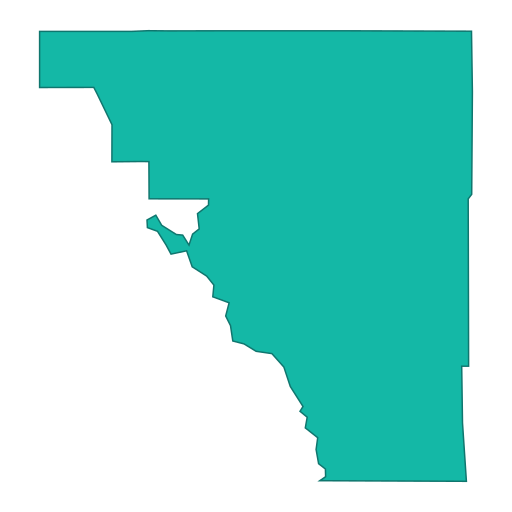 Osceola, Florida, United States of America
{"feature_id": "52423323B49272784755567", "entity_name": "Osceola", "entity_type": "district", "adm_level": 2, "iso_a3": "USA", "parent_name": "United States of America", "parent_adm1": "Florida", "projection": "robinson", "projection_center": [-81.287, 27.995], "detail": "fine", "context": "isolated", "style": "filled", "palette": "teal", "viewbox_px": 512, "rotation_deg": 0, "n_neighbors": 0, "source": "geoboundaries", "source_scale": "gbopen_adm2", "svg_char_len": 893}
<svg xmlns="http://www.w3.org/2000/svg" viewBox="0 0 512 512"><path d="M471.5,31.2L345.5,30.8L228.7,30.8L223.2,30.8L168.7,30.9L148.2,30.7L131.9,31.4L39.6,31.4L39.6,84.1L39.6,87.5L93.8,87.4L97.2,94.0L112.0,124.7L111.9,161.8L141.3,161.5L141.6,161.5L148.9,161.6L149.1,198.8L208.6,198.9L208.5,205.1L197.5,213.6L199.2,228.9L192.6,234.1L189.0,245.1L182.7,235.1L176.3,234.5L161.7,225.3L155.8,215.2L147.0,220.0L147.4,227.6L157.5,231.3L166.1,245.0L171.0,254.1L186.6,250.8L192.2,266.8L206.7,276.1L213.9,285.1L212.8,296.8L229.1,302.8L225.7,316.0L230.5,325.6L232.8,341.0L244.0,343.9L256.1,351.3L271.9,353.6L283.9,367.1L290.3,386.5L303.0,406.5L300.0,411.3L307.2,417.2L305.3,427.9L317.7,437.7L316.1,449.5L318.6,463.7L325.4,469.0L325.6,476.7L319.8,480.7L466.4,481.3L462.5,422.9L461.7,366.2L468.6,366.2L468.2,198.9L471.7,194.3L472.4,92.0L471.5,31.2Z" fill="#14b8a6" stroke="#0f766e" stroke-width="1.5"/></svg>